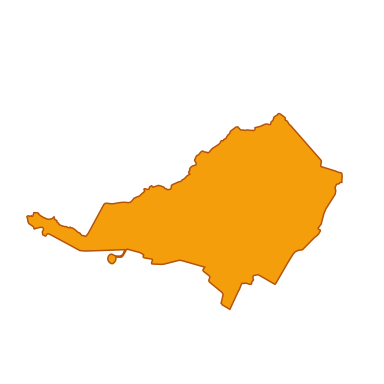 SVG path tracing the border of Ahal, rotated 120°
{"feature_id": "TKM-352", "entity_name": "Ahal", "entity_type": "Province", "adm_level": 1, "iso_a3": "TKM", "parent_name": "Turkmenistan", "parent_adm1": "", "projection": "orthographic", "projection_center": [59.653, 37.88], "detail": "fine", "context": "isolated", "style": "filled", "palette": "amber", "viewbox_px": 384, "rotation_deg": 120, "n_neighbors": 0, "source": "natural_earth", "source_scale": "10m", "svg_char_len": 6012}
<svg xmlns="http://www.w3.org/2000/svg" viewBox="0 0 384 384"><g transform="rotate(120 192 192)"><path d="M293.5,319.7L292.9,319.3L293.3,318.6L292.9,318.1L292.5,317.9L292.1,317.9L289.8,318.4L289.1,318.7L288.0,317.0L287.4,315.7L287.2,314.2L287.4,313.9L288.0,313.3L288.1,312.9L288.1,311.9L288.1,311.6L288.4,310.2L288.4,309.7L288.1,309.3L288.4,308.0L288.3,307.1L288.1,306.3L287.9,304.3L287.6,303.3L287.2,302.3L286.7,301.6L285.9,300.7L285.1,300.0L284.2,299.5L283.1,299.3L282.5,299.1L283.0,298.4L283.9,297.6L284.4,297.0L284.5,296.5L284.3,295.4L284.4,294.7L284.7,294.4L285.1,294.3L285.5,294.0L285.7,293.4L285.7,292.3L285.9,291.8L286.1,291.4L286.6,290.8L286.6,290.4L286.6,290.1L286.4,288.4L285.7,285.0L285.0,283.9L284.8,283.4L284.8,282.1L284.7,281.5L284.5,280.9L284.3,280.6L284.1,280.2L283.7,279.9L283.3,279.8L283.4,279.4L283.6,279.0L282.9,277.4L283.1,274.6L284.0,270.1L283.7,269.3L283.7,268.6L283.8,268.0L284.1,267.6L284.3,267.0L284.5,266.4L284.6,265.7L284.5,265.0L283.9,263.6L283.5,261.7L281.7,261.5L279.5,261.2L246.5,262.1L245.0,261.3L244.1,259.7L242.7,256.3L241.8,254.7L237.0,248.9L234.9,245.8L233.2,242.2L231.9,240.4L230.2,239.7L226.5,239.1L224.9,238.1L221.9,235.6L215.5,233.5L215.0,233.5L214.6,233.7L214.1,234.5L213.7,234.9L213.3,235.0L212.7,234.5L212.4,233.6L212.2,232.5L211.9,231.6L211.1,230.8L210.5,230.7L209.1,231.3L208.7,231.2L208.3,231.0L207.7,230.4L206.9,230.3L206.8,229.9L207.0,229.0L207.2,228.7L207.3,228.4L207.0,228.0L206.2,227.1L203.4,224.7L202.9,224.0L202.0,220.1L201.9,218.9L202.1,218.3L202.5,217.3L202.4,216.8L202.1,216.2L202.3,214.9L202.1,214.2L201.2,213.0L200.3,212.1L199.3,211.9L196.8,213.0L195.8,212.9L189.9,208.6L188.5,207.1L188.0,206.8L186.7,206.6L186.1,206.4L185.5,205.9L183.8,205.1L180.3,204.3L177.7,202.8L177.4,203.2L177.3,204.0L176.7,204.7L176.2,204.9L175.8,204.9L174.8,204.7L174.3,204.7L174.0,205.0L173.7,205.3L173.4,205.5L172.4,205.6L171.3,205.5L169.4,204.7L167.2,202.7L166.5,202.3L165.6,202.3L165.0,202.8L164.4,203.6L164.0,204.5L163.4,205.5L162.6,205.8L158.6,206.2L158.0,206.0L156.8,205.1L156.3,204.9L152.8,204.3L152.1,204.0L151.3,203.4L151.1,202.7L151.1,201.9L151.0,200.9L150.9,200.5L150.2,199.2L150.1,198.7L150.2,198.3L150.3,197.9L149.9,197.6L149.2,197.2L148.5,197.0L147.0,196.8L144.1,196.1L137.2,192.6L135.7,192.2L133.5,192.4L132.8,192.2L132.6,191.8L132.2,190.9L131.9,190.6L131.5,190.5L130.8,190.7L130.4,190.6L129.8,190.3L129.3,189.8L128.7,189.4L128.1,189.4L127.4,189.5L125.2,189.5L123.0,188.8L122.3,188.7L121.5,188.8L120.8,189.0L120.1,189.1L113.8,186.4L112.7,184.9L113.7,181.9L113.8,181.0L113.6,180.0L112.7,178.7L112.2,177.0L110.8,175.4L110.3,174.6L109.6,172.6L108.6,170.9L108.4,170.4L108.4,169.9L108.3,169.6L107.8,169.2L106.9,168.9L106.4,168.8L106.0,168.9L105.2,169.2L104.8,169.6L101.1,165.8L97.0,162.8L96.3,162.1L95.5,160.7L95.3,160.2L94.8,158.3L94.5,158.0L94.2,157.8L93.5,157.9L92.2,158.4L91.8,158.5L91.4,158.4L90.2,157.9L89.7,157.8L88.8,157.8L86.5,158.4L86.0,158.4L85.3,158.1L82.9,156.8L82.2,156.6L81.2,156.5L80.8,156.2L80.5,155.8L80.4,155.4L80.3,154.5L80.9,149.3L81.0,148.9L81.2,148.4L81.5,148.1L82.7,147.6L82.9,147.4L83.1,147.1L83.1,146.5L83.0,145.3L83.1,144.9L83.3,144.3L84.8,141.9L84.9,141.4L85.0,140.6L85.3,139.3L99.9,96.4L100.2,95.7L100.5,95.5L101.5,94.9L104.3,94.0L104.8,93.6L105.2,93.3L105.4,92.9L105.3,92.2L102.1,78.3L101.7,74.9L101.6,74.5L101.1,73.5L100.9,72.6L100.9,72.1L101.0,71.7L101.2,71.3L103.6,69.7L108.8,67.1L109.0,67.8L109.4,68.2L109.6,68.4L111.2,68.8L111.7,69.1L112.5,70.1L112.7,70.3L113.2,70.6L113.6,70.6L116.3,70.4L116.6,70.3L116.9,70.1L118.6,68.5L119.6,67.9L122.3,66.9L139.6,67.6L144.7,67.0L155.2,64.1L159.8,64.6L160.6,64.5L160.8,64.3L160.9,64.0L160.8,62.5L160.8,62.2L160.9,61.9L161.0,61.7L161.4,61.4L161.8,61.4L165.2,61.4L168.0,62.2L169.9,63.1L186.9,67.5L189.0,70.4L189.6,70.9L192.1,72.7L195.4,73.4L206.2,73.7L229.6,73.7L230.1,73.8L230.4,74.0L230.5,74.6L230.5,92.6L230.6,93.3L230.9,93.8L233.5,96.8L234.1,97.0L234.9,96.8L235.9,96.3L236.3,95.9L236.9,95.2L237.3,94.9L237.7,94.8L238.3,94.9L239.5,95.2L240.0,95.2L240.5,95.1L241.6,94.5L241.9,94.5L242.3,94.7L242.8,95.3L243.2,96.0L243.3,96.5L243.6,98.5L244.0,99.8L244.1,100.0L244.5,100.6L244.9,100.9L245.4,101.4L245.5,101.6L245.8,102.7L245.9,103.0L247.3,103.1L252.9,102.2L254.7,102.3L274.7,100.5L274.6,109.3L274.1,110.2L273.7,111.3L270.9,112.0L265.3,113.8L264.0,115.6L261.4,131.0L261.2,131.9L260.7,132.9L260.0,133.3L257.3,133.8L256.5,134.1L256.2,134.8L255.9,135.7L255.1,141.4L254.9,142.4L254.5,143.3L253.8,143.6L253.0,143.6L250.7,143.4L256.4,166.2L257.3,168.7L268.4,180.1L270.2,182.7L273.9,189.8L274.3,191.0L273.8,191.5L273.1,191.8L271.2,192.1L270.5,192.3L270.2,192.7L270.3,193.4L272.6,199.6L273.0,201.3L272.5,201.9L271.8,202.3L270.8,202.3L270.4,204.0L270.5,206.9L273.9,219.6L274.3,219.8L275.0,220.0L276.3,219.9L277.3,220.0L278.2,219.8L282.2,220.0L282.8,220.1L283.4,220.4L283.6,220.6L284.1,221.1L286.4,225.2L286.5,225.3L287.8,224.6L289.1,224.0L290.7,223.9L292.6,224.3L293.4,224.6L293.8,225.0L294.0,225.4L294.3,226.0L294.4,226.6L294.4,227.3L294.2,228.3L293.9,229.2L293.5,229.9L292.9,230.7L292.7,231.0L291.5,231.7L290.4,232.1L289.8,232.2L289.2,232.2L288.5,232.2L287.8,232.0L287.1,231.7L286.7,231.3L286.1,230.7L285.9,230.3L285.8,227.6L285.5,226.3L285.0,225.0L284.0,223.1L283.3,222.2L282.4,221.4L281.8,221.1L279.8,220.7L279.1,220.8L278.2,221.0L276.2,221.1L275.9,221.1L275.6,221.3L275.7,221.7L285.8,237.7L296.5,254.9L298.8,259.9L299.7,293.0L300.1,295.9L300.6,296.2L301.1,296.5L303.1,296.6L303.5,297.0L303.7,299.7L303.5,300.0L302.8,300.6L302.4,300.9L301.8,301.4L301.3,301.7L300.7,301.8L299.3,301.8L298.4,302.0L298.1,302.2L297.8,302.5L297.5,303.2L297.5,303.6L297.5,304.0L298.3,305.4L298.6,305.9L299.3,306.7L299.9,307.2L301.7,309.2L302.5,309.6L302.9,310.1L302.9,310.3L302.8,310.5L301.8,311.4L301.5,311.9L301.4,312.2L301.3,312.5L301.0,316.6L300.9,317.4L300.7,317.9L299.3,319.6L298.9,319.9L297.4,321.0L297.0,321.4L296.5,322.1L296.0,322.6L295.7,322.5L295.2,322.4L294.8,322.2L294.5,321.9L294.2,321.5L294.2,321.2L294.4,320.6L294.4,320.4L293.6,319.8L293.5,319.7Z" fill="#f59e0b" stroke="#b45309" stroke-width="1.5"/></g></svg>